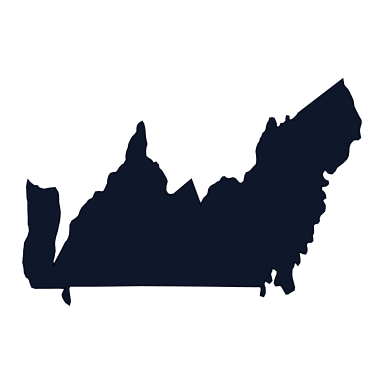 Mocajuba, Pará, Brazil
{"feature_id": "56859067B75461053821024", "entity_name": "Mocajuba", "entity_type": "district", "adm_level": 2, "iso_a3": "BRA", "parent_name": "Brazil", "parent_adm1": "Pará", "projection": "equal_earth", "projection_center": [-49.463, -2.55], "detail": "fine", "context": "isolated", "style": "filled", "palette": "ink", "viewbox_px": 384, "rotation_deg": 0, "n_neighbors": 0, "source": "geoboundaries", "source_scale": "gbopen_adm2", "svg_char_len": 4204}
<svg xmlns="http://www.w3.org/2000/svg" viewBox="0 0 384 384"><path d="M247.8,286.4L260.9,286.5L261.5,289.8L260.9,292.2L260.6,295.4L263.5,296.4L264.9,293.7L265.0,290.6L264.9,287.7L264.0,285.4L263.8,282.9L265.5,280.6L267.9,282.2L269.6,283.1L271.8,280.6L271.0,277.0L270.2,273.9L271.6,270.9L271.9,268.3L274.3,268.8L277.2,270.9L277.4,273.6L276.2,276.7L275.0,280.2L274.4,283.2L275.7,285.7L278.5,285.4L280.5,285.0L282.2,286.9L286.1,293.9L287.9,293.8L289.5,292.6L293.9,290.1L294.4,287.4L293.2,282.8L292.0,278.2L291.5,274.4L291.8,269.1L293.3,266.9L293.9,264.3L294.7,262.0L296.4,263.1L297.9,265.1L299.7,262.4L299.8,259.4L299.4,256.4L298.8,252.6L300.7,252.3L303.2,253.5L305.6,253.8L306.6,251.7L306.9,249.3L306.3,246.3L306.3,243.5L308.5,242.1L311.0,242.1L312.6,240.9L312.5,238.2L312.1,235.4L313.3,233.0L313.4,230.6L313.2,228.0L313.2,225.0L315.2,223.5L317.7,223.0L319.1,221.1L319.0,217.8L320.3,215.0L322.0,213.5L324.3,211.2L325.0,208.2L325.0,205.4L323.9,203.4L322.3,200.5L323.7,198.9L325.6,197.9L325.0,194.4L323.7,192.2L321.2,190.2L321.6,186.4L326.3,185.7L328.3,183.8L328.0,181.2L326.1,180.7L324.2,179.3L322.7,176.9L322.0,174.1L323.2,171.8L324.6,169.5L326.4,170.6L328.3,172.8L330.3,173.5L332.2,173.6L335.1,170.5L336.7,167.3L342.9,162.6L346.7,158.7L348.2,155.3L348.6,151.2L348.8,148.1L349.3,145.5L350.4,143.2L351.8,141.5L353.2,140.0L355.8,139.4L357.9,139.6L360.4,137.7L359.7,134.0L359.2,130.9L359.5,128.4L361.0,123.2L360.9,120.4L358.0,115.3L356.7,112.6L354.0,107.2L353.3,104.2L353.0,101.0L352.0,98.4L349.1,92.3L347.9,90.2L346.5,88.4L344.9,86.8L343.6,84.8L343.1,81.8L342.7,79.2L302.4,110.1L298.2,113.4L297.1,115.3L294.7,117.7L292.3,119.6L290.6,120.4L288.8,119.2L288.8,116.4L286.8,115.9L286.2,118.2L286.2,120.8L284.7,122.7L282.9,123.7L281.1,123.7L279.9,126.4L277.9,127.5L276.0,126.3L276.2,123.9L275.2,121.2L274.0,118.4L272.1,117.9L269.9,118.3L269.2,120.9L267.6,123.4L266.7,126.7L266.3,129.3L265.3,131.5L263.0,133.6L261.9,136.7L260.5,138.8L260.0,141.4L258.3,143.7L257.0,147.2L256.2,151.2L256.8,155.6L257.0,158.8L256.9,162.2L256.2,165.0L254.1,166.8L252.2,169.0L250.7,170.7L248.4,172.3L246.5,172.8L245.2,175.4L244.1,181.3L242.3,183.0L240.3,183.6L238.4,182.5L236.8,180.6L235.1,178.8L233.0,177.9L230.6,178.6L228.4,178.9L226.4,178.4L224.5,176.9L222.6,177.2L219.7,181.5L217.2,182.4L214.9,184.3L212.9,185.2L210.7,186.6L208.9,189.2L208.4,192.3L207.7,194.7L203.6,198.7L202.5,201.2L201.1,203.5L201.2,206.6L191.3,179.5L173.5,194.4L169.4,194.8L167.4,193.5L165.5,190.4L165.9,185.3L167.0,181.3L165.7,178.0L162.8,172.9L161.4,170.7L158.9,168.4L158.0,164.6L155.9,162.3L153.4,163.5L151.4,160.4L147.6,157.9L145.6,156.1L145.4,153.0L145.4,150.4L145.9,146.9L146.7,144.1L145.3,137.4L144.8,130.7L144.2,126.6L143.4,123.6L142.0,121.5L138.9,123.8L137.6,125.7L137.1,128.8L137.1,131.9L135.1,134.6L132.8,136.8L131.6,138.6L129.1,143.9L128.4,147.7L126.9,151.6L126.2,155.6L126.4,160.1L123.9,164.2L122.0,165.3L119.7,167.7L118.0,170.5L116.2,172.7L113.6,172.7L110.7,173.6L109.1,175.9L107.9,180.1L107.9,183.1L106.1,187.2L104.0,191.4L102.0,192.1L99.3,191.7L95.8,192.0L94.2,195.0L93.3,197.7L91.0,199.2L88.7,200.4L86.8,203.1L82.4,207.6L81.2,209.6L80.1,212.0L79.4,214.3L78.4,216.3L75.9,218.6L72.1,221.1L70.2,225.0L70.1,230.0L69.8,234.4L68.8,237.7L67.4,240.7L65.9,242.1L64.1,245.5L61.3,251.1L55.1,262.7L53.8,265.2L52.6,261.4L53.4,258.7L54.0,256.2L54.3,253.7L54.9,251.4L54.7,248.0L54.4,245.5L54.4,242.2L54.9,239.4L55.5,236.5L56.2,234.1L57.1,231.2L58.3,225.3L59.0,222.6L59.5,219.4L60.0,214.2L59.9,210.7L59.3,207.0L58.5,202.3L58.3,194.7L57.7,192.2L55.0,187.8L49.5,188.4L45.1,189.3L42.9,189.3L38.8,187.9L37.3,185.9L34.0,185.8L29.9,182.6L28.0,180.2L26.8,186.5L27.3,197.9L28.1,201.6L28.1,207.8L28.2,211.5L28.5,218.3L28.4,224.2L29.2,226.7L29.7,230.8L28.1,236.4L26.6,239.1L24.8,242.7L24.6,245.4L23.9,250.6L23.7,255.4L23.0,262.5L23.6,264.9L24.3,269.2L24.6,272.7L26.3,276.9L28.3,278.0L29.6,280.0L30.2,282.5L32.0,287.1L35.1,288.1L58.0,288.0L60.3,288.0L65.2,288.3L64.2,290.4L63.2,292.5L62.3,294.6L62.9,297.3L64.1,299.6L65.7,302.2L67.7,303.6L69.3,304.8L70.2,301.4L69.9,298.5L69.3,295.0L68.5,288.2L69.8,286.0L92.4,286.0L110.8,285.8L124.7,285.6L140.6,285.4L173.9,285.6L186.5,285.7L215.8,286.0L229.4,286.2L247.8,286.4Z" fill="#0f172a" stroke="#020617" stroke-width="1.5"/></svg>